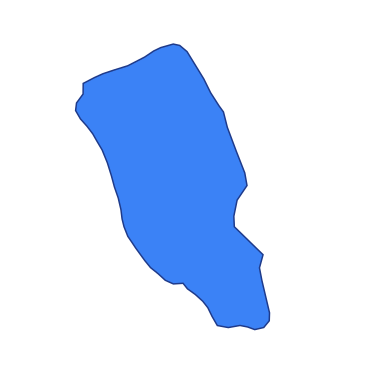 outline of Ilha de Itamaracá, Pernambuco, Brazil, rotated 144°
{"feature_id": "56859067B34111025481617", "entity_name": "Ilha de Itamaracá", "entity_type": "district", "adm_level": 2, "iso_a3": "BRA", "parent_name": "Brazil", "parent_adm1": "Pernambuco", "projection": "mercator", "projection_center": [-34.849, -7.752], "detail": "fine", "context": "isolated", "style": "filled", "palette": "blue", "viewbox_px": 384, "rotation_deg": 144, "n_neighbors": 0, "source": "geoboundaries", "source_scale": "gbopen_adm2", "svg_char_len": 924}
<svg xmlns="http://www.w3.org/2000/svg" viewBox="0 0 384 384"><g transform="rotate(144 192 192)"><path d="M171.4,99.5L178.2,139.0L172.4,147.8L160.3,158.9L143.7,164.9L138.1,176.4L132.2,199.0L125.4,223.6L119.5,238.3L119.5,245.9L118.6,261.3L116.0,276.5L113.5,308.5L115.8,317.8L120.2,322.7L132.4,327.2L140.1,328.6L151.0,329.0L169.8,331.9L183.1,336.4L194.4,340.0L203.6,341.9L216.2,343.8L222.5,335.3L233.1,331.9L238.3,326.3L239.3,316.7L238.3,306.8L238.1,297.4L239.0,289.3L240.0,278.8L243.3,265.4L247.7,252.4L251.8,241.7L255.2,230.5L259.9,219.4L264.4,211.3L267.4,203.9L270.0,193.8L270.2,186.7L270.5,179.8L270.5,171.5L270.5,164.1L270.0,155.2L267.4,145.6L265.5,136.2L261.1,128.6L252.9,123.4L252.6,116.3L249.6,107.3L247.5,97.3L247.2,89.1L248.9,79.5L250.0,69.1L242.3,61.0L231.6,55.8L226.4,50.2L222.1,43.8L213.6,40.2L205.2,42.4L200.3,48.7L187.4,79.5L182.0,91.0L171.4,99.5Z" fill="#3b82f6" stroke="#1e3a8a" stroke-width="1.5"/></g></svg>